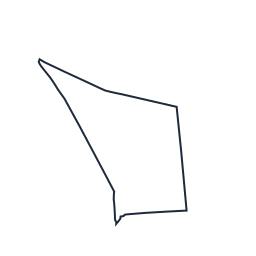 Teixeirópolis, Rondônia, Brazil, rotated 65°
{"feature_id": "56859067B79594845024036", "entity_name": "Teixeirópolis", "entity_type": "district", "adm_level": 2, "iso_a3": "BRA", "parent_name": "Brazil", "parent_adm1": "Rondônia", "projection": "mercator", "projection_center": [-62.287, -10.933], "detail": "fine", "context": "isolated", "style": "outline", "palette": "slate", "viewbox_px": 256, "rotation_deg": 65, "n_neighbors": 0, "source": "geoboundaries", "source_scale": "gbopen_adm2", "svg_char_len": 732}
<svg xmlns="http://www.w3.org/2000/svg" viewBox="0 0 256 256"><g transform="rotate(65 128 128)"><path d="M227.6,109.8L172.3,89.9L129.4,75.0L115.9,92.3L104.5,106.9L103.4,108.3L95.3,118.7L91.6,123.7L90.5,125.1L88.0,128.4L84.4,132.8L79.2,137.3L75.0,140.8L50.1,161.8L41.4,169.0L33.4,175.6L28.4,179.1L30.3,180.9L32.6,181.0L35.9,180.5L49.4,177.2L56.8,176.0L63.7,175.2L74.4,173.2L106.3,171.1L154.4,168.6L164.3,168.1L179.9,167.4L181.1,168.3L185.8,170.7L187.4,171.4L189.2,171.9L195.2,174.2L198.5,175.5L203.1,177.4L204.8,178.2L206.5,178.6L208.1,178.3L209.9,179.2L208.0,175.2L206.7,173.0L205.1,172.2L205.9,169.3L205.2,167.7L205.8,165.5L212.4,147.8L219.6,129.6L226.7,112.0L227.6,109.8Z" fill="none" stroke="#1e293b" stroke-width="2"/></g></svg>